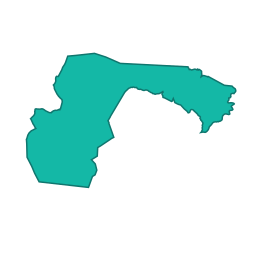 Ayotzintepec, Oaxaca, Mexico (Albers equal-area conic projection), rotated 195°
{"feature_id": "50627088B35063367960799", "entity_name": "Ayotzintepec", "entity_type": "district", "adm_level": 2, "iso_a3": "MEX", "parent_name": "Mexico", "parent_adm1": "Oaxaca", "projection": "albers", "projection_center": [-96.196, 17.726], "detail": "fine", "context": "isolated", "style": "filled", "palette": "teal", "viewbox_px": 256, "rotation_deg": 195, "n_neighbors": 0, "source": "geoboundaries", "source_scale": "gbopen_adm2", "svg_char_len": 5735}
<svg xmlns="http://www.w3.org/2000/svg" viewBox="0 0 256 256"><g transform="rotate(195 128 128)"><path d="M197.2,184.6L204.8,181.8L205.3,175.0L205.7,172.9L206.8,169.7L207.0,167.1L208.7,159.7L210.4,159.4L210.8,158.4L210.7,157.0L210.4,156.0L210.0,154.9L209.9,153.9L210.1,152.8L210.3,151.9L210.7,151.1L211.2,150.2L210.4,149.5L210.2,149.0L209.9,148.6L209.8,148.3L209.3,146.9L208.9,146.4L208.6,146.1L208.2,145.6L208.0,145.4L207.5,144.8L207.4,144.7L207.2,144.5L207.1,144.4L206.5,143.7L206.3,143.5L206.0,143.2L205.8,142.9L205.5,142.6L205.2,142.3L203.8,141.2L203.7,141.1L203.5,140.9L203.4,140.9L203.3,140.7L203.2,140.7L202.8,140.4L202.4,140.2L202.2,140.0L202.0,139.9L201.9,139.8L201.7,139.8L201.6,139.7L201.4,139.5L200.7,139.1L199.2,138.4L198.3,136.4L198.3,136.0L198.2,135.6L198.2,135.3L198.2,135.0L198.2,134.5L198.2,134.2L198.2,133.9L198.2,133.4L198.2,133.1L198.2,132.9L198.2,129.7L198.2,129.1L198.2,128.9L199.1,128.4L198.8,127.9L199.5,127.7L200.0,127.6L200.6,127.2L200.8,126.9L201.2,126.7L201.7,126.5L202.2,126.4L202.5,126.4L203.0,126.2L203.3,126.0L203.6,125.9L203.8,125.7L204.0,125.5L204.3,125.4L204.5,125.1L204.8,124.9L205.0,124.7L205.3,124.4L205.5,124.1L205.7,123.8L205.6,123.7L205.9,123.3L206.1,122.9L208.1,122.5L212.1,123.3L213.6,123.9L213.9,124.0L214.3,124.1L214.6,124.2L214.9,124.3L215.2,124.3L215.5,124.3L216.0,124.3L216.3,124.2L216.5,124.1L218.0,123.4L220.2,122.9L221.9,122.7L222.2,122.4L222.6,122.0L222.5,121.6L222.5,121.4L222.4,121.1L222.4,120.7L222.3,120.3L222.4,120.0L222.3,119.8L222.3,119.6L222.2,119.3L221.8,118.4L221.8,117.6L221.8,117.4L222.2,115.7L223.6,113.4L224.5,111.7L224.0,111.4L220.6,107.2L219.1,106.0L218.6,105.2L216.9,103.7L217.7,103.0L218.2,102.5L219.6,101.2L220.1,100.7L220.6,100.4L222.0,98.1L222.3,97.5L222.9,95.2L223.0,91.2L223.2,90.8L221.7,86.5L217.9,73.6L211.0,66.0L206.5,60.2L199.9,53.0L150.8,60.4L149.8,72.0L147.7,74.2L147.2,79.2L150.3,84.8L155.1,87.9L150.4,92.9L152.2,101.3L150.0,103.5L141.0,113.8L139.3,115.3L141.0,117.8L147.7,127.6L147.8,128.3L149.2,129.8L148.0,134.2L148.0,134.7L140.4,161.7L140.3,161.8L140.2,162.1L139.9,162.5L139.7,162.9L139.6,163.4L139.3,163.7L139.0,164.1L138.8,164.5L138.5,164.9L138.3,165.4L138.0,165.8L137.7,166.2L137.5,166.6L137.1,166.9L136.6,167.2L136.2,167.5L135.9,167.9L135.5,168.1L135.0,168.2L134.5,168.3L134.2,168.3L133.7,168.9L132.8,169.0L131.9,168.8L131.0,169.1L130.2,169.4L129.3,168.6L128.8,168.3L128.0,168.2L126.8,168.3L126.3,168.5L125.9,168.7L125.2,168.6L124.5,168.5L124.0,168.5L123.4,168.3L122.4,168.4L121.8,168.6L121.2,169.0L120.8,169.3L119.9,169.5L119.3,169.4L118.3,169.4L118.0,169.2L117.5,168.9L116.7,168.7L116.1,168.6L115.6,168.4L115.0,168.2L113.9,168.2L113.5,167.9L112.9,167.6L112.3,167.7L111.7,167.9L111.1,167.7L110.6,167.6L109.9,168.0L109.4,168.3L108.6,168.7L107.9,168.8L107.5,169.0L107.0,169.2L106.3,169.6L105.9,170.1L105.2,170.8L104.7,171.2L104.2,171.7L103.8,172.2L103.4,171.7L103.8,171.1L104.0,170.6L104.0,170.1L103.9,169.5L103.7,169.1L103.2,168.6L102.8,168.4L102.6,167.8L102.3,167.1L102.2,166.7L101.8,166.5L101.2,166.7L92.8,164.9L92.3,165.3L91.9,168.2L90.2,165.9L89.7,165.2L89.4,164.8L88.9,164.5L88.3,164.5L87.8,164.3L87.3,164.3L86.9,164.1L84.5,163.8L84.0,163.9L83.5,163.9L83.1,163.9L78.6,161.0L77.5,160.5L75.2,159.4L74.4,158.7L73.8,158.2L73.0,158.6L72.5,159.2L72.4,160.1L72.3,161.1L72.1,161.7L71.7,162.2L71.0,162.4L70.3,162.4L69.8,162.3L69.4,162.2L68.6,161.7L68.3,161.3L66.9,160.8L66.0,160.2L65.5,160.1L65.2,159.7L64.7,159.6L64.0,159.0L63.7,158.5L63.3,158.3L62.9,158.1L62.1,158.0L61.7,157.9L61.1,157.6L60.9,157.3L61.0,156.6L60.9,155.8L60.1,155.3L59.9,154.7L59.5,154.3L58.8,154.1L58.3,153.5L57.9,153.1L57.3,152.7L56.9,152.0L56.8,151.4L56.9,150.6L57.0,149.8L56.6,149.2L56.4,148.7L56.4,148.1L56.4,147.3L56.0,146.5L55.8,146.2L55.7,145.7L55.8,145.1L55.9,144.6L56.0,144.0L56.0,143.5L56.2,143.0L56.4,142.6L54.5,143.5L52.8,143.7L52.1,143.9L51.7,144.2L51.2,144.8L50.8,145.4L50.5,146.2L50.2,146.7L50.0,147.2L49.9,148.0L49.8,148.6L49.8,149.1L49.8,150.0L49.5,150.6L49.1,151.4L48.7,152.1L48.2,152.9L48.1,153.3L47.9,153.9L47.6,154.6L47.5,154.9L46.9,155.6L46.4,156.0L45.8,156.3L44.9,156.7L43.9,156.8L43.1,157.4L42.3,157.4L41.9,157.8L40.9,158.4L40.3,158.8L40.0,159.3L39.5,159.8L39.3,160.5L39.4,161.3L39.5,162.0L39.7,162.8L39.7,163.7L39.6,164.5L39.3,165.0L38.9,165.7L38.5,166.2L38.1,166.5L37.3,166.9L36.8,167.0L36.1,167.0L35.6,167.0L35.0,167.1L34.5,167.0L33.9,167.2L33.6,167.5L33.3,167.9L33.6,168.6L33.9,169.0L34.2,169.5L34.5,169.9L34.5,170.7L34.1,171.3L33.6,171.4L33.0,171.7L32.3,172.1L31.9,172.3L31.5,173.0L31.7,173.5L32.2,173.9L32.6,174.5L33.2,174.9L33.7,175.3L33.8,175.8L33.4,176.5L33.1,177.0L32.8,177.2L32.3,177.8L31.8,178.3L31.6,178.8L32.1,179.2L32.6,179.3L33.6,179.3L34.2,179.2L35.1,179.1L36.0,178.7L36.6,178.5L37.3,178.3L37.8,178.3L38.5,178.9L38.4,179.5L38.3,180.0L38.1,180.4L37.9,180.8L37.9,181.3L37.9,181.8L38.1,182.3L38.4,182.7L38.4,183.1L37.6,183.4L37.2,183.7L37.1,184.3L36.7,184.8L37.0,185.3L37.2,186.0L37.3,186.8L37.2,187.8L35.6,188.7L35.1,188.6L34.6,188.6L34.3,189.4L34.0,190.0L33.8,190.3L33.5,191.0L33.5,191.7L33.8,192.5L34.5,193.5L35.3,193.9L36.0,194.1L36.9,194.5L38.4,195.4L46.0,194.2L63.8,198.5L64.3,198.0L65.0,198.3L65.5,198.2L65.9,198.2L66.4,198.2L67.2,198.3L67.8,198.3L69.0,198.1L69.9,197.2L70.6,196.4L70.6,197.1L70.5,197.4L70.5,197.9L70.5,198.5L70.6,199.0L70.8,199.5L71.1,199.8L71.2,200.3L71.3,200.8L71.4,201.3L71.8,202.0L72.5,202.3L73.1,202.5L73.6,202.8L74.7,203.0L75.1,202.6L75.2,202.1L75.8,202.2L76.1,202.7L76.4,202.3L76.6,202.0L77.3,202.2L77.7,202.2L78.1,202.2L78.6,202.1L79.2,202.0L79.7,201.6L80.1,201.4L80.9,200.9L81.6,200.5L82.0,200.5L82.5,200.6L83.0,200.8L83.4,200.7L83.9,200.3L84.3,200.8L84.8,201.5L85.2,201.7L85.7,202.1L85.9,202.6L152.2,188.4L167.9,190.8L179.7,191.4L197.2,184.6Z" fill="#14b8a6" stroke="#0f766e" stroke-width="1.5"/></g></svg>